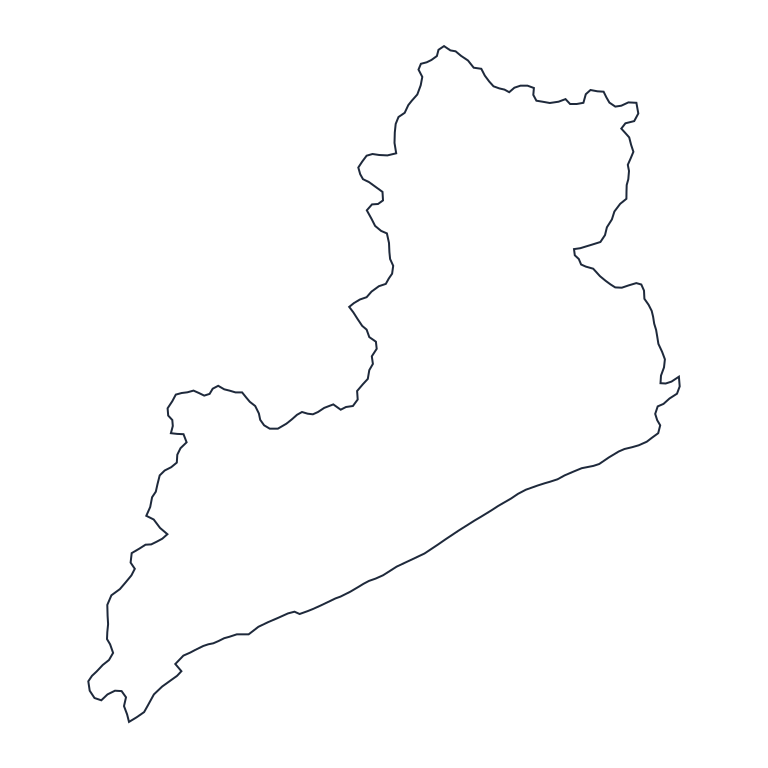 the district of Além Paraíba, Minas Gerais, Brazil
{"feature_id": "56859067B92322164563840", "entity_name": "Além Paraíba", "entity_type": "district", "adm_level": 2, "iso_a3": "BRA", "parent_name": "Brazil", "parent_adm1": "Minas Gerais", "projection": "natural_earth1", "projection_center": [-42.758, -21.827], "detail": "fine", "context": "isolated", "style": "outline", "palette": "slate", "viewbox_px": 768, "rotation_deg": 0, "n_neighbors": 0, "source": "geoboundaries", "source_scale": "gbopen_adm2", "svg_char_len": 3941}
<svg xmlns="http://www.w3.org/2000/svg" viewBox="0 0 768 768"><path d="M634.2,121.1L638.3,113.5L636.4,102.8L628.4,102.4L621.3,105.7L615.3,106.6L609.4,102.6L606.4,97.4L603.6,91.7L597.4,91.3L590.5,90.0L585.8,94.2L583.4,102.8L576.7,104.0L570.1,104.0L565.5,99.1L558.6,101.7L549.8,103.0L542.5,101.7L536.4,100.7L533.3,94.9L533.9,88.0L527.6,85.7L520.4,85.7L514.4,87.7L509.2,92.2L504.5,89.6L499.3,88.4L493.5,86.3L489.2,81.5L484.8,75.6L481.3,68.8L473.7,67.7L468.0,60.5L461.1,55.9L455.6,51.3L450.4,50.4L444.0,46.1L438.5,49.8L436.9,56.0L431.4,60.0L426.7,62.3L420.9,63.8L418.5,69.6L422.3,76.9L420.7,85.3L417.3,94.5L411.8,100.7L408.3,105.1L404.7,112.8L398.5,117.0L395.7,123.9L394.8,132.4L394.5,142.9L396.2,153.3L387.4,155.4L379.2,155.0L372.5,154.0L366.6,155.7L362.2,161.6L358.3,167.5L360.2,174.2L363.0,179.2L369.0,182.1L374.8,186.3L382.5,191.9L383.0,200.4L378.0,204.0L372.0,204.4L366.8,210.3L371.5,218.8L375.1,225.9L381.1,230.9L386.9,233.4L389.0,243.0L389.4,252.0L390.1,259.0L393.2,265.8L392.1,273.7L388.8,278.5L385.8,283.9L378.9,286.2L371.5,291.6L366.6,297.2L359.9,299.5L353.9,303.1L349.2,306.9L353.3,312.3L357.7,319.2L362.2,325.9L366.6,329.6L369.3,337.1L375.9,341.7L376.7,348.8L371.8,356.3L372.9,363.9L369.3,370.1L367.8,378.9L362.9,384.2L357.1,391.0L357.7,399.5L352.9,406.0L346.0,407.0L340.7,409.7L333.3,404.4L324.2,407.9L318.0,412.0L312.9,414.3L307.7,413.7L302.0,412.0L297.0,414.8L291.8,419.4L286.4,423.7L277.8,428.7L269.8,428.7L264.1,425.3L260.2,419.8L258.9,413.5L255.2,406.0L249.8,401.8L246.2,397.5L242.1,392.4L235.5,392.4L229.8,390.7L224.2,389.3L218.2,385.8L212.7,388.7L209.6,393.9L204.2,395.6L198.9,393.0L193.5,390.6L187.4,392.3L181.7,393.0L175.8,394.6L172.3,401.2L167.6,408.3L168.2,415.6L172.3,420.0L172.8,426.0L170.9,433.2L177.2,433.9L183.5,434.2L186.6,442.3L180.5,448.2L177.3,454.7L176.8,462.6L171.2,467.2L164.7,470.5L159.7,475.4L157.5,484.1L155.8,491.7L152.1,497.2L150.2,507.0L146.3,515.8L153.7,519.5L160.0,527.9L167.4,534.2L162.3,538.7L156.7,541.7L151.2,544.4L145.5,544.7L139.4,548.6L131.7,553.1L130.6,562.6L134.8,568.8L131.4,575.4L125.7,582.3L119.9,589.1L111.4,595.3L107.3,604.9L107.6,615.9L108.1,624.1L107.3,632.2L107.0,639.1L110.1,644.3L113.1,652.9L109.0,660.0L102.7,665.0L96.6,671.5L92.0,675.8L88.3,681.3L89.7,690.7L94.5,698.0L101.3,700.3L107.5,694.4L115.0,690.7L121.6,691.1L126.0,697.3L124.0,706.1L127.1,714.4L129.0,721.9L136.6,717.3L144.1,712.1L147.7,705.7L153.9,694.4L162.2,686.5L171.8,679.6L177.1,675.8L181.4,671.2L175.3,664.0L183.4,655.6L190.2,652.6L195.1,650.0L203.2,646.0L208.3,644.3L213.3,643.3L218.6,641.0L224.2,638.2L229.3,636.8L236.9,634.3L243.0,634.3L248.7,634.3L258.4,626.8L268.2,622.1L278.7,617.6L288.0,613.4L294.5,611.7L299.6,614.0L307.7,611.1L312.7,609.1L320.7,605.5L335.5,598.4L340.5,596.6L350.3,591.7L358.6,586.8L363.5,583.8L369.0,580.9L375.6,578.6L383.0,575.3L396.7,566.6L424.5,553.5L437.9,544.6L445.4,539.4L458.6,530.6L474.6,520.5L480.9,516.8L491.5,510.3L498.1,506.0L503.1,503.1L511.1,498.5L517.9,493.9L525.9,489.7L537.7,485.5L544.9,483.2L549.8,481.8L557.5,479.3L564.6,475.4L573.7,471.5L581.7,468.2L593.4,465.9L599.2,464.0L608.9,457.4L618.7,451.5L624.5,449.0L632.1,447.2L638.7,445.3L646.8,441.7L652.0,437.7L658.2,433.2L660.2,425.3L657.2,420.2L655.2,413.9L657.7,406.4L663.5,403.9L669.5,398.5L677.0,393.7L679.7,386.4L678.9,376.7L671.5,381.6L665.7,383.5L660.5,383.2L661.0,375.6L664.0,367.4L664.9,359.3L662.1,351.8L658.4,343.9L657.2,336.4L656.1,329.9L654.2,323.7L653.1,316.7L651.7,310.9L648.6,304.8L644.4,298.8L644.0,290.6L641.3,284.5L636.3,283.1L628.6,285.4L621.8,287.7L615.2,287.4L610.5,284.4L605.6,280.8L600.0,276.2L593.2,268.7L585.8,266.6L581.1,264.5L578.8,259.0L574.8,255.3L574.0,249.1L580.3,248.2L585.5,246.6L592.1,244.6L600.4,242.0L605.0,235.1L606.9,227.3L611.9,219.4L614.4,211.5L620.2,203.8L626.4,198.8L626.5,191.5L626.7,185.0L628.3,179.2L629.0,171.0L627.8,164.8L630.6,158.5L633.4,151.8L631.1,144.8L629.2,137.4L625.4,133.1L621.3,128.6L625.4,123.3L634.2,121.1Z" fill="none" stroke="#1e293b" stroke-width="2"/></svg>